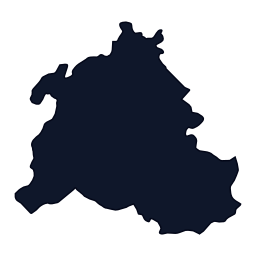 SVG path tracing the border of Zabul
{"feature_id": "AFG-1755", "entity_name": "Zabul", "entity_type": "Province", "adm_level": 1, "iso_a3": "AFG", "parent_name": "Afghanistan", "parent_adm1": "", "projection": "mercator", "projection_center": [67.11, 32.305], "detail": "fine", "context": "isolated", "style": "filled", "palette": "ink", "viewbox_px": 256, "rotation_deg": 0, "n_neighbors": 0, "source": "natural_earth", "source_scale": "10m", "svg_char_len": 5342}
<svg xmlns="http://www.w3.org/2000/svg" viewBox="0 0 256 256"><path d="M240.6,204.1L240.1,205.2L236.2,208.7L235.6,210.0L235.2,212.9L234.6,213.9L228.4,217.3L226.4,218.9L225.1,220.8L223.8,221.5L219.1,221.8L215.5,221.2L213.9,221.2L210.6,222.8L203.4,231.0L199.5,233.8L199.4,233.7L193.5,230.8L192.6,230.6L188.2,230.1L185.5,230.2L179.1,232.5L177.4,233.0L175.4,233.2L167.5,232.8L166.8,232.9L163.1,233.7L162.4,233.8L161.8,233.8L161.1,233.7L160.5,233.5L159.9,233.2L159.7,232.8L159.6,232.2L160.0,231.2L160.9,229.2L161.1,228.7L160.6,226.6L158.1,222.0L152.9,219.0L151.0,218.5L150.5,218.7L150.2,219.3L149.5,220.9L149.1,221.4L148.8,221.6L148.6,221.6L148.3,221.5L147.2,221.1L146.0,220.5L145.2,219.8L144.3,218.7L142.7,215.2L142.2,214.7L141.3,214.4L140.5,214.2L138.8,214.0L138.5,213.8L138.3,213.3L136.9,209.2L133.7,203.9L128.7,205.8L126.2,207.2L118.0,209.6L115.4,209.9L110.0,208.8L106.8,208.0L106.1,208.0L105.2,207.7L104.1,207.2L102.2,205.8L99.6,204.3L97.5,202.6L96.5,201.6L95.5,200.8L94.4,200.3L89.7,198.8L84.5,196.1L82.7,194.2L77.1,189.7L76.6,189.1L75.8,188.0L75.4,187.8L74.9,188.0L73.5,189.5L58.5,201.9L57.3,202.5L52.0,203.6L50.3,203.6L49.1,203.4L48.6,203.1L48.1,202.9L47.5,202.9L45.1,203.4L42.9,204.3L40.6,205.7L39.1,206.9L36.3,209.8L31.6,213.2L30.9,213.1L30.6,213.0L21.1,203.0L17.3,200.5L16.9,200.1L16.3,199.4L15.7,198.1L15.4,197.0L15.4,193.6L19.3,189.9L20.9,188.8L23.7,187.2L28.1,186.0L28.7,185.6L29.2,185.3L30.3,184.0L32.7,180.4L34.1,176.9L34.4,176.0L34.3,172.5L33.5,169.5L32.5,168.7L31.2,167.8L30.7,167.4L30.5,166.7L30.6,165.8L32.1,162.2L33.7,159.3L34.0,158.6L34.1,157.9L33.5,154.8L33.3,151.7L33.3,151.4L33.2,151.1L32.9,150.1L32.7,148.4L32.6,147.6L32.0,146.2L31.8,145.1L31.8,144.0L32.2,142.4L32.9,141.0L33.5,140.1L36.4,137.1L39.2,134.9L41.1,132.5L42.4,130.1L43.1,128.8L44.6,124.3L45.5,123.3L46.8,122.3L51.0,120.2L52.1,119.5L52.6,119.1L54.1,116.4L55.3,114.1L55.5,113.4L56.9,107.0L57.0,106.2L57.0,105.4L56.8,103.0L56.9,102.4L57.3,101.0L57.4,100.2L57.1,99.5L56.6,98.8L55.7,98.3L54.5,97.9L54.2,97.7L53.3,97.0L52.0,96.1L51.6,95.8L51.3,95.4L50.9,94.5L50.6,94.0L50.1,93.6L49.2,93.5L48.0,93.7L47.5,93.7L47.0,93.6L46.6,93.4L46.2,93.3L45.8,93.5L45.2,93.9L44.5,95.0L44.0,95.9L42.6,99.2L40.1,103.0L39.5,103.6L38.6,104.0L37.1,104.0L36.1,103.9L32.3,102.4L31.3,100.8L30.8,99.9L30.5,99.1L30.5,98.5L30.8,97.7L32.2,94.9L32.3,93.5L32.4,92.3L32.3,91.3L32.4,90.5L33.4,88.9L39.2,82.4L40.7,80.4L42.1,77.9L43.1,77.0L48.7,74.2L54.5,73.4L56.3,71.7L59.9,65.0L65.1,64.4L66.9,64.6L67.3,65.0L67.4,65.4L67.4,66.1L67.1,67.4L64.5,75.5L64.3,76.4L64.3,77.0L64.5,77.5L64.9,78.0L65.4,78.3L66.4,78.2L67.9,77.8L70.7,76.5L72.0,75.6L72.8,74.5L72.8,73.7L72.5,72.1L72.6,71.4L72.8,70.8L73.1,70.1L75.0,67.6L76.8,65.7L78.8,64.1L86.5,59.2L87.3,58.4L88.6,57.7L90.3,57.3L93.9,57.1L96.8,57.2L97.5,57.0L98.3,56.6L100.4,54.9L101.7,54.8L102.8,55.2L104.0,56.0L104.7,56.3L105.7,56.5L106.6,56.6L107.4,56.5L107.9,56.3L108.8,55.7L109.4,55.5L110.0,55.1L110.5,54.5L111.3,53.1L111.8,52.3L112.2,50.8L112.4,49.8L112.9,41.6L116.5,41.6L117.1,41.2L117.8,40.7L118.1,40.0L118.3,39.3L119.8,36.6L121.8,33.8L122.6,32.4L122.9,31.4L122.8,30.8L122.5,30.2L120.9,27.8L120.4,26.7L120.0,25.7L119.9,24.4L120.1,23.7L120.6,23.2L121.2,23.0L122.7,22.5L126.0,22.2L129.4,23.0L130.4,23.4L131.1,23.8L131.3,24.4L131.5,25.0L131.8,27.8L132.1,29.1L132.6,30.4L133.8,32.3L134.6,33.0L135.1,33.3L135.6,33.4L139.2,32.9L140.4,32.9L141.0,32.9L141.4,33.3L141.6,33.7L141.8,34.2L141.8,34.6L141.8,35.7L141.9,36.3L142.2,36.5L143.9,37.1L144.6,37.6L145.6,38.5L146.1,38.8L146.8,38.8L147.6,38.5L151.3,38.5L152.0,38.4L152.8,38.0L153.4,37.6L154.0,37.0L155.0,35.6L156.4,33.3L158.3,31.0L158.9,30.6L159.6,30.2L160.9,30.0L161.5,30.1L161.8,30.4L161.7,30.9L161.6,31.4L161.5,31.7L161.0,32.5L160.8,33.0L160.7,33.3L160.7,33.6L160.8,33.8L160.9,34.0L161.6,34.7L162.0,35.4L162.3,35.7L162.6,36.4L162.8,37.2L163.0,38.1L163.1,38.9L162.9,39.6L162.7,40.3L162.2,40.8L161.7,41.3L161.1,41.8L156.6,44.3L156.1,44.8L155.8,45.5L155.9,46.2L156.5,47.3L157.2,47.9L161.4,49.5L162.3,50.3L162.9,51.0L163.2,51.6L163.3,52.1L163.3,52.5L163.1,52.8L162.8,53.1L162.3,53.3L160.6,53.4L160.2,53.6L159.8,53.9L159.4,54.4L159.1,55.0L158.9,55.7L158.7,56.4L158.7,57.9L159.3,59.5L162.4,64.0L165.4,66.8L165.7,67.3L165.9,68.6L166.3,69.1L184.1,87.1L185.3,87.9L189.2,89.6L189.5,90.0L189.4,90.4L181.4,99.3L188.9,104.8L190.8,107.2L191.7,111.9L192.1,112.4L192.4,112.6L196.9,113.4L197.8,113.7L201.7,116.2L202.7,117.2L203.3,118.2L203.3,118.9L203.2,119.7L202.9,120.4L202.4,121.2L200.8,123.0L198.9,124.8L196.8,126.3L193.6,127.9L193.0,128.0L192.5,128.1L192.1,128.1L190.9,127.9L189.1,127.3L188.7,127.3L188.4,127.4L187.9,127.7L187.4,128.2L186.7,129.0L186.0,130.2L185.6,131.7L185.3,133.7L185.5,134.9L185.9,135.8L186.4,136.1L186.9,136.2L187.3,136.2L190.6,135.1L191.3,135.0L191.8,135.0L192.2,135.1L192.9,135.3L193.7,135.9L194.6,136.8L195.9,138.5L196.3,139.7L196.5,140.9L195.7,146.3L195.6,147.5L195.8,148.2L196.2,148.7L197.3,149.5L199.0,150.7L199.8,151.0L207.1,152.1L209.3,152.8L210.9,153.5L213.2,155.3L216.5,157.4L218.3,159.0L219.8,160.1L220.9,160.6L222.0,160.8L229.7,160.6L230.4,160.2L235.1,157.1L237.1,163.7L238.0,168.8L238.1,169.9L238.1,170.3L237.7,171.6L236.3,175.4L234.2,180.2L230.7,185.6L230.3,186.6L230.2,187.4L230.1,188.3L230.3,190.4L230.6,193.2L230.9,194.6L231.3,195.8L231.8,197.1L232.5,198.1L233.4,199.2L235.5,200.9L239.8,203.5L240.6,204.1L240.6,204.1Z" fill="#0f172a" stroke="#020617" stroke-width="1.5"/></svg>